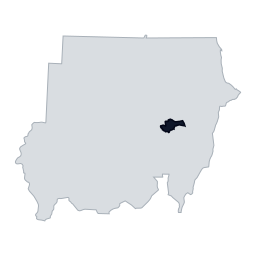 Sharg An Neel, Khartoum, Sudan (highlighted)
{"feature_id": "16777658B39366456594232", "entity_name": "Sharg An Neel", "entity_type": "district", "adm_level": 2, "iso_a3": "SDN", "parent_name": "Sudan", "parent_adm1": "Khartoum", "projection": "orthographic", "projection_center": [33.17, 15.691], "detail": "fine", "context": "in_parent", "style": "filled", "palette": "ink", "viewbox_px": 256, "rotation_deg": 0, "n_neighbors": 0, "source": "geoboundaries", "source_scale": "gbopen_adm2", "svg_char_len": 5528}
<svg xmlns="http://www.w3.org/2000/svg" viewBox="0 0 256 256"><path d="M181.1,212.5L178.5,212.5L178.3,211.9L178.3,210.2L178.6,208.9L179.5,206.9L179.3,205.8L179.4,204.3L178.7,202.5L172.6,197.4L171.4,196.0L168.1,194.7L168.6,193.2L167.3,182.7L168.0,181.5L168.2,179.7L168.1,178.1L168.9,175.4L169.0,174.2L162.5,174.1L162.4,175.3L162.7,176.6L162.7,177.1L153.6,177.1L157.3,181.3L157.4,183.1L157.2,185.3L157.3,186.8L157.5,187.7L158.4,189.5L158.4,189.9L158.1,190.3L151.7,195.8L150.6,198.3L149.7,199.7L147.8,201.9L141.9,207.7L140.9,208.1L136.4,208.2L136.0,208.4L135.6,208.6L135.4,208.6L131.6,205.1L125.2,200.9L120.9,203.0L119.7,203.7L119.7,205.7L119.0,206.7L117.9,207.8L114.7,208.4L113.0,209.0L111.1,210.1L109.1,211.9L109.0,212.9L109.2,213.8L98.2,213.5L97.5,212.8L96.0,209.7L94.9,209.8L85.0,209.2L83.5,209.5L80.7,210.6L79.3,210.8L77.8,210.2L72.7,203.9L71.6,203.2L70.5,201.7L69.4,201.0L69.0,200.5L68.9,199.9L69.0,198.5L68.6,197.7L67.8,197.4L60.8,198.6L59.8,198.4L58.3,198.6L57.8,198.8L57.2,199.6L57.1,201.3L56.9,202.1L56.3,203.0L54.3,205.0L53.8,205.9L53.8,208.2L53.7,209.3L53.4,209.8L52.5,210.7L52.2,211.2L51.7,214.1L50.6,215.8L50.3,216.4L50.3,217.7L50.1,218.0L46.9,218.9L45.7,219.5L44.9,220.5L44.8,220.9L43.4,220.5L41.7,220.1L38.4,219.7L37.1,219.2L36.5,218.4L36.8,216.7L36.4,216.3L35.9,215.9L35.6,215.2L35.7,214.3L37.5,212.3L37.9,211.2L38.5,206.1L38.4,204.6L37.1,201.6L34.1,196.5L33.3,195.5L29.5,191.2L29.1,190.6L28.2,188.8L29.4,185.1L29.5,184.1L29.3,183.0L28.3,182.1L27.4,182.0L26.3,180.9L25.6,180.4L24.9,179.5L24.5,178.2L25.0,173.8L24.8,173.2L23.8,173.0L23.6,172.6L23.7,171.8L23.2,169.2L22.7,167.1L23.1,165.9L22.3,164.3L20.8,163.5L17.6,163.9L16.7,163.8L16.0,163.4L15.6,162.8L15.4,162.1L15.6,161.1L16.6,159.3L17.8,157.8L20.1,156.5L20.7,155.7L21.1,154.9L21.2,153.9L21.1,152.9L20.8,152.0L20.2,150.7L19.7,149.2L19.7,148.3L20.1,147.6L20.7,146.8L23.0,145.3L25.3,144.0L25.7,143.5L25.6,143.0L24.6,141.8L24.4,139.6L23.9,138.0L25.1,136.9L25.9,136.6L27.3,136.3L27.8,135.8L28.0,134.9L28.0,134.0L28.5,133.4L29.2,132.0L29.8,131.4L31.6,129.9L32.0,128.8L32.2,127.8L31.8,124.7L32.9,123.5L34.2,122.4L36.0,122.6L38.9,122.5L40.8,122.2L42.2,122.2L45.3,122.9L45.7,122.7L45.9,121.9L48.7,63.2L61.5,63.8L61.7,63.7L63.1,36.0L143.3,38.0L143.9,37.9L145.2,35.3L145.8,35.1L146.6,35.3L146.9,35.9L146.2,38.0L216.4,37.6L216.7,40.8L217.3,43.3L219.4,46.9L221.1,48.8L221.8,49.9L221.8,50.4L221.8,50.8L221.2,50.3L220.4,50.0L220.3,51.7L220.8,55.1L221.5,57.5L221.1,59.8L221.2,63.6L222.3,68.2L222.2,71.1L223.8,77.9L225.3,81.6L226.1,82.5L227.1,83.0L228.8,83.3L231.4,85.2L233.4,87.2L234.2,88.2L235.2,89.4L235.8,89.1L236.2,88.8L236.9,89.7L240.1,91.7L240.6,92.6L239.5,93.6L238.2,95.2L237.6,96.7L237.3,97.2L236.3,98.2L236.1,98.6L235.6,98.9L235.2,98.9L234.1,99.5L233.1,99.3L232.1,99.6L231.7,100.0L231.0,100.3L229.9,100.5L228.3,101.8L226.8,102.4L226.3,103.0L225.6,105.5L225.1,106.1L222.9,106.2L221.9,106.5L220.5,106.2L219.8,106.3L219.6,106.8L219.4,109.0L219.4,109.9L218.3,112.4L218.7,116.9L217.6,120.4L217.4,121.2L216.3,123.9L215.7,124.9L214.3,130.0L213.7,131.6L212.4,133.3L213.9,145.4L212.9,149.2L213.0,151.2L212.2,154.3L211.7,155.7L210.7,157.4L209.9,159.2L209.2,161.7L208.8,166.4L208.6,166.9L204.7,167.5L203.4,167.8L202.6,168.4L201.6,169.6L199.7,172.9L198.6,174.9L197.0,177.7L195.1,179.7L194.7,180.6L194.4,182.4L193.7,185.2L193.1,187.2L193.2,188.8L192.6,191.6L192.7,192.9L192.1,193.7L191.2,194.4L190.5,194.6L187.8,192.7L185.9,194.0L184.7,195.8L183.8,197.7L184.3,201.5L184.3,202.3L184.0,203.3L182.2,207.0L181.7,208.8L181.1,211.8L181.1,212.5Z" fill="#d9dde1" stroke="#a8b0b8" stroke-width="1"/><path d="M184.9,125.9L184.2,123.6L183.9,122.9L183.2,121.8L182.9,121.2L182.6,120.7L182.2,120.8L180.7,121.1L180.0,121.3L179.7,121.4L179.3,121.4L178.1,121.5L177.6,121.6L175.3,121.8L174.2,121.3L173.5,121.0L173.2,120.7L172.5,120.2L172.2,119.9L171.1,119.5L170.8,119.4L170.6,119.3L170.4,119.3L170.2,119.2L169.0,120.2L168.9,120.3L168.7,120.4L168.6,120.2L168.6,119.8L168.4,119.9L168.2,120.1L168.1,120.4L168.2,120.6L168.4,120.8L168.5,121.0L168.4,121.3L168.2,121.4L167.5,121.6L167.1,121.5L166.8,121.3L166.2,121.2L165.6,121.3L165.3,121.5L165.2,121.9L165.4,122.9L165.4,123.2L165.7,124.7L165.8,125.8L165.5,126.0L165.2,125.9L164.7,125.6L164.0,125.4L163.7,125.3L163.6,125.2L162.9,125.2L162.5,125.3L162.1,125.5L161.9,125.5L161.7,125.6L161.6,125.8L161.4,125.9L160.9,125.9L160.7,125.9L160.7,126.2L160.7,126.4L160.7,126.5L160.8,126.7L160.7,126.8L160.8,126.9L160.9,127.0L160.8,127.3L161.0,127.5L161.1,127.9L161.3,128.0L161.6,128.2L161.9,128.2L161.9,128.3L161.9,128.5L162.0,128.6L162.3,128.8L162.4,129.0L162.4,129.3L162.4,129.5L162.5,129.5L163.0,129.7L163.0,129.8L163.0,130.0L163.3,130.1L163.4,130.3L163.4,130.5L163.5,130.6L163.8,130.7L164.0,130.7L164.2,130.8L164.3,130.8L164.5,130.9L164.7,131.0L164.8,131.1L165.0,131.2L165.1,131.3L165.3,131.6L165.5,131.7L165.7,131.8L165.8,131.7L166.0,131.7L166.4,131.6L166.6,131.6L166.9,131.5L167.1,131.4L167.3,131.4L167.9,131.6L168.3,132.3L168.6,132.5L168.8,132.4L169.0,132.4L169.2,132.2L169.2,131.5L169.2,131.4L169.8,131.0L170.5,130.0L171.3,130.1L172.0,129.8L172.9,129.3L173.4,128.9L173.5,128.9L174.0,129.1L174.0,128.7L174.0,128.1L174.1,127.9L174.1,127.7L174.4,127.3L174.5,127.0L174.6,126.7L174.7,126.4L174.8,126.3L174.9,126.2L175.0,126.1L175.3,125.9L175.5,125.8L175.8,125.9L176.0,125.8L176.1,125.7L176.3,125.6L176.5,125.5L176.8,125.5L177.1,125.4L177.1,125.5L177.5,125.3L178.7,125.0L179.6,124.8L180.1,125.0L180.6,125.1L180.9,125.2L181.0,125.2L181.3,125.2L181.5,125.3L182.0,125.4L183.7,125.7L184.7,125.8L184.9,125.9Z" fill="#0f172a" stroke="#020617" stroke-width="1.5"/></svg>